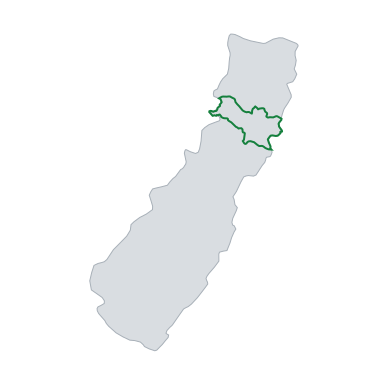 where Janakpur sits in Nepal, rotated 275°
{"feature_id": "NPL-1131", "entity_name": "Janakpur", "entity_type": "Administrative Zone", "adm_level": 1, "iso_a3": "NPL", "parent_name": "Nepal", "parent_adm1": "", "projection": "robinson", "projection_center": [86.017, 27.361], "detail": "medium", "context": "in_parent", "style": "outline", "palette": "green", "viewbox_px": 384, "rotation_deg": 275, "n_neighbors": 0, "source": "natural_earth", "source_scale": "10m", "svg_char_len": 4406}
<svg xmlns="http://www.w3.org/2000/svg" viewBox="0 0 384 384"><g transform="rotate(275 192 192)"><path d="M351.0,215.5L352.7,216.8L352.8,218.9L352.6,221.2L350.9,226.2L349.4,229.7L347.7,237.1L346.2,249.9L346.6,252.2L351.3,259.5L353.2,265.2L353.4,269.0L351.4,275.5L349.2,282.8L348.1,284.4L346.8,285.0L341.0,282.5L336.9,282.8L332.3,284.3L327.5,284.0L323.5,283.1L318.5,286.1L313.7,284.5L310.6,282.7L308.5,277.6L307.6,277.0L297.5,282.3L295.0,282.6L288.7,279.7L283.6,276.9L281.6,276.1L276.6,275.0L272.2,274.3L267.3,272.6L261.2,274.9L258.8,274.7L256.5,273.0L255.3,269.6L255.0,266.4L252.9,264.2L249.7,263.7L245.3,265.7L238.7,268.3L236.6,267.8L234.7,267.1L234.0,266.4L233.1,263.3L232.0,262.7L230.5,262.6L227.8,261.9L224.5,259.6L214.5,254.3L213.2,251.9L213.3,246.7L212.7,244.5L211.5,242.2L206.4,239.9L196.4,236.2L190.8,233.2L188.2,234.6L183.1,235.9L180.4,238.5L177.1,237.7L169.3,234.9L165.2,234.4L162.6,235.4L162.0,237.0L158.9,238.9L155.8,237.4L149.9,235.4L144.6,234.3L136.7,231.9L135.8,228.3L134.5,224.7L132.6,224.1L125.5,224.8L119.0,220.8L112.1,215.8L109.1,214.1L107.1,213.5L105.4,214.2L103.5,215.3L101.7,215.7L98.0,213.5L93.1,210.4L87.2,206.6L80.3,201.2L77.5,198.2L76.2,195.9L74.7,193.8L68.7,190.3L64.0,187.6L58.2,184.3L57.2,183.6L55.1,181.6L51.8,179.1L49.0,178.4L48.1,179.8L47.5,181.2L45.0,180.9L41.4,178.3L37.5,175.7L34.5,173.2L31.4,170.7L30.6,168.8L32.0,163.0L33.9,158.1L35.5,156.9L38.0,153.7L39.0,147.9L39.0,143.0L41.6,136.0L45.1,128.6L51.0,120.7L53.6,118.1L56.4,116.3L61.9,110.5L63.0,109.5L65.4,108.0L67.7,107.6L69.4,108.4L71.2,111.4L73.3,114.3L76.0,114.2L79.1,111.7L85.7,100.3L94.6,97.9L103.0,99.1L110.4,100.8L112.6,104.6L114.0,108.6L114.9,110.7L117.3,113.1L127.8,118.8L133.9,123.9L142.3,130.8L148.6,133.9L154.2,134.1L157.3,136.8L162.1,142.2L166.0,148.4L171.0,154.2L174.5,154.0L179.3,152.1L185.1,149.7L188.5,150.9L191.6,152.5L192.7,155.5L194.5,161.1L196.6,166.9L199.9,168.9L203.8,171.9L206.0,174.3L213.3,178.7L214.4,180.4L215.9,181.6L217.7,182.4L219.1,183.3L221.5,183.6L230.0,181.0L232.2,181.3L233.5,181.8L233.6,182.8L232.0,186.8L230.7,192.1L232.1,194.7L235.6,195.8L243.5,196.6L254.2,196.5L257.4,199.2L260.6,203.1L263.9,209.9L265.2,212.8L266.8,213.7L269.5,212.5L270.0,209.7L270.1,205.6L272.4,204.1L273.9,205.2L275.7,208.4L280.1,211.4L283.3,212.8L286.3,212.3L287.6,211.2L289.1,205.5L291.5,204.7L294.5,205.0L295.6,206.2L296.9,208.4L300.5,209.5L304.2,210.9L307.6,212.8L312.5,217.0L318.4,217.8L325.3,217.7L329.0,217.8L331.6,218.1L334.0,217.8L341.1,214.8L344.0,214.6L347.6,214.9L351.0,215.5Z" fill="#d9dde1" stroke="#a8b0b8" stroke-width="1"/><path d="M273.2,202.2L274.0,202.3L274.4,203.2L274.4,204.4L273.8,206.1L273.9,206.5L274.5,207.4L274.8,208.8L275.1,209.3L276.5,210.0L278.1,210.2L278.7,210.8L280.0,212.3L280.4,212.4L281.4,212.0L283.2,213.3L283.9,213.7L284.5,213.6L286.8,212.4L287.3,211.7L287.6,210.8L288.3,211.6L289.5,213.5L289.8,214.7L290.0,218.3L290.3,219.7L290.5,221.4L289.6,223.4L288.7,225.7L288.3,226.3L287.8,226.7L285.4,227.5L283.5,229.3L281.5,231.6L277.9,235.1L277.3,236.0L276.6,237.6L276.2,239.5L276.6,240.8L276.6,241.8L276.4,242.5L275.4,244.4L275.4,244.7L276.0,244.9L278.2,244.8L280.1,245.3L281.2,246.5L282.5,247.3L282.7,247.6L281.3,249.6L280.2,250.6L280.3,251.1L280.9,251.7L281.5,254.3L281.6,255.6L281.2,256.7L279.5,257.3L278.4,258.0L277.3,259.7L276.3,260.1L274.0,259.5L273.6,259.6L272.9,260.7L272.8,261.3L273.3,263.1L273.4,266.4L274.8,269.1L274.9,269.6L274.8,270.5L272.8,274.8L271.6,274.7L268.7,272.7L267.4,272.3L266.0,272.8L265.1,272.9L264.4,273.3L261.6,275.8L260.8,276.3L260.1,276.4L259.9,276.2L259.7,275.0L259.4,274.7L258.6,275.0L258.2,274.9L256.1,273.1L255.5,272.4L255.1,270.7L255.4,267.3L255.1,265.7L254.5,265.0L251.4,263.1L250.9,263.0L247.8,264.3L244.6,266.1L243.9,266.3L242.4,266.1L241.2,267.4L241.2,264.5L241.6,263.0L242.2,261.3L243.5,259.3L243.9,258.3L244.0,257.4L243.7,255.4L243.7,254.8L244.5,253.2L247.0,249.5L247.7,246.0L247.5,244.4L247.0,243.4L246.3,242.7L245.0,241.9L244.6,241.1L244.6,240.7L244.7,240.4L245.3,239.6L247.2,238.2L248.6,239.2L254.9,239.5L255.3,239.3L255.7,238.7L255.8,237.8L256.0,237.5L256.5,237.2L258.8,236.8L259.8,235.7L259.6,233.8L259.3,232.8L260.2,231.6L260.8,230.0L264.8,225.1L265.9,222.8L266.4,222.0L266.8,221.6L268.0,221.3L268.2,221.0L268.4,220.6L268.3,217.9L268.4,216.8L269.2,214.7L270.0,214.4L271.5,212.9L271.5,212.4L270.8,211.4L270.9,210.1L270.1,209.4L270.4,207.4L269.8,206.4L269.7,205.9L273.2,202.2Z" fill="none" stroke="#15803d" stroke-width="2"/></g></svg>